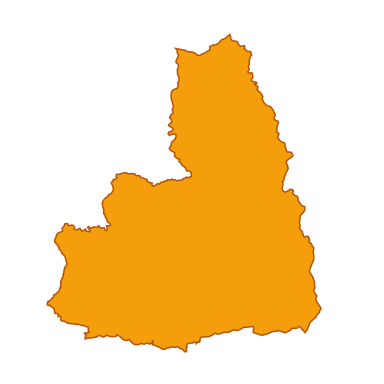 the district of Juara, Mato Grosso, Brazil, rotated 184°
{"feature_id": "56859067B67844091426468", "entity_name": "Juara", "entity_type": "district", "adm_level": 2, "iso_a3": "BRA", "parent_name": "Brazil", "parent_adm1": "Mato Grosso", "projection": "orthographic", "projection_center": [-57.533, -11.229], "detail": "fine", "context": "isolated", "style": "filled", "palette": "amber", "viewbox_px": 384, "rotation_deg": 184, "n_neighbors": 0, "source": "geoboundaries", "source_scale": "gbopen_adm2", "svg_char_len": 5925}
<svg xmlns="http://www.w3.org/2000/svg" viewBox="0 0 384 384"><g transform="rotate(184 192 192)"><path d="M288.4,38.0L285.0,39.2L283.6,39.1L277.7,40.5L274.7,42.3L273.6,42.3L270.9,41.1L268.5,41.8L267.8,42.9L267.1,43.0L262.5,42.0L258.3,42.5L257.4,43.0L256.9,44.4L253.6,42.7L251.0,40.5L248.6,39.4L246.0,39.4L244.2,40.5L242.2,38.1L238.7,35.8L234.9,35.9L232.4,37.3L229.1,36.8L226.3,38.2L223.7,37.4L222.4,38.0L220.2,41.4L220.9,36.9L217.2,36.2L215.3,35.1L214.1,35.2L210.3,33.0L207.6,33.5L205.8,34.8L204.2,34.8L202.8,35.8L201.2,36.1L198.1,35.7L195.9,36.7L194.8,36.5L193.5,35.2L190.7,34.5L188.2,32.2L186.5,32.3L186.2,33.1L186.9,34.3L186.7,36.3L186.0,37.2L186.9,38.0L186.0,40.2L183.9,41.1L180.4,41.5L180.0,42.1L178.7,42.5L177.5,42.2L177.2,40.9L175.3,43.2L174.3,42.7L173.6,43.7L174.0,44.4L173.3,46.2L173.6,47.2L172.9,47.9L165.0,48.9L161.7,50.6L160.6,51.9L158.7,52.7L157.3,52.1L155.1,52.2L149.3,54.6L146.6,54.3L140.5,57.4L137.8,56.8L134.0,58.4L131.5,60.4L121.5,62.1L120.9,60.1L121.3,57.1L120.9,56.0L115.8,54.9L115.3,54.4L111.4,54.1L106.3,56.1L102.5,58.1L99.2,59.0L97.6,58.9L96.3,60.0L89.5,58.0L84.4,60.8L83.1,62.6L81.5,63.4L80.3,63.0L77.3,63.7L76.5,65.1L75.7,65.3L75.0,65.2L69.4,59.6L67.5,62.6L65.1,70.2L59.7,75.8L58.2,78.9L56.4,81.0L56.3,82.6L55.3,84.3L55.5,85.5L60.7,92.3L61.1,94.1L60.2,96.9L63.8,101.4L62.6,105.6L63.5,107.9L63.3,109.9L65.5,115.5L69.3,120.8L69.1,123.1L65.9,132.9L66.0,136.8L66.9,140.5L66.6,144.9L68.1,146.3L69.6,149.0L71.8,150.3L71.3,152.5L72.8,155.7L74.3,156.1L76.0,154.9L77.7,155.7L79.1,159.9L82.3,163.2L81.7,165.5L82.7,168.8L82.3,174.2L82.8,175.7L80.5,177.9L78.3,181.4L78.4,185.2L81.3,185.8L85.1,190.2L86.1,194.3L87.2,195.3L88.9,195.5L91.0,197.2L91.6,198.0L90.8,199.8L91.8,201.5L93.8,201.6L98.6,198.4L101.0,199.1L102.3,201.1L101.8,206.2L102.0,207.6L102.8,208.7L101.2,209.7L101.2,212.4L100.0,215.6L99.9,217.4L98.2,220.3L97.7,222.6L100.3,228.8L98.4,231.1L94.2,234.5L93.8,235.6L95.8,238.6L100.2,238.7L100.6,239.0L100.9,240.7L102.1,243.0L102.8,247.1L103.3,247.6L105.5,247.8L107.6,249.1L110.5,252.5L109.3,256.1L110.1,257.1L111.8,257.7L111.9,258.3L111.5,259.8L111.8,261.5L111.4,264.6L110.5,267.5L111.1,268.5L113.7,269.3L115.5,270.9L115.6,271.4L114.6,273.0L114.5,275.1L117.1,279.9L119.6,282.5L123.7,283.7L126.7,286.4L128.4,289.5L128.1,292.5L130.6,295.8L134.1,298.2L134.1,299.3L133.5,300.5L133.8,301.9L135.9,302.8L137.2,304.0L134.9,304.6L135.0,305.5L135.9,306.1L139.6,306.6L140.6,307.6L140.7,308.2L139.3,310.4L140.1,314.6L140.6,315.1L143.5,314.6L144.6,315.3L144.6,316.1L143.5,318.4L144.5,321.0L143.7,323.3L144.1,327.1L143.3,331.2L142.1,332.9L143.4,336.1L147.2,336.3L148.9,338.2L150.0,338.4L149.4,340.6L150.2,341.7L152.5,340.9L154.0,340.9L156.2,342.8L157.2,345.0L157.8,345.3L162.5,345.8L164.1,347.5L164.3,349.8L165.5,351.8L168.9,348.1L171.3,346.5L173.0,346.2L175.4,342.8L178.8,340.2L180.9,340.3L184.4,338.3L184.0,336.1L184.5,334.5L187.2,333.1L188.5,331.6L191.7,330.4L193.2,329.2L195.7,328.5L196.8,329.6L199.2,330.9L201.6,331.7L206.4,331.7L208.5,332.9L218.3,334.0L216.8,332.5L216.4,329.6L214.9,327.5L217.2,321.2L216.8,320.0L215.2,318.8L214.3,317.4L214.5,314.9L215.1,313.5L215.0,311.3L214.5,307.8L213.4,306.3L212.7,303.2L212.8,301.9L213.9,299.9L213.1,298.1L213.6,295.4L214.4,294.3L217.7,292.7L219.1,291.3L219.7,288.2L219.3,284.0L216.5,276.2L217.5,272.0L216.4,271.1L216.3,270.2L216.8,268.8L218.3,267.7L219.5,265.0L219.5,264.4L218.7,264.2L217.2,261.7L216.9,260.4L219.7,257.8L220.1,256.6L215.4,254.1L215.2,253.5L216.0,251.5L218.9,250.5L219.9,248.8L219.5,247.7L218.4,247.1L214.9,248.5L213.1,248.7L212.0,247.7L211.6,246.5L213.0,242.9L214.7,241.6L215.9,239.8L216.3,236.8L217.7,234.0L216.4,232.1L212.0,230.0L211.8,226.4L209.2,224.4L206.3,223.4L207.3,221.7L205.2,220.1L203.8,218.0L200.6,215.9L198.9,212.9L198.4,212.5L197.1,213.0L196.0,212.7L194.5,211.8L193.6,207.8L194.0,207.1L194.9,207.2L196.6,206.0L198.6,206.4L199.5,205.5L201.9,204.6L202.7,203.0L203.3,202.8L205.4,203.1L207.8,202.1L210.0,203.1L211.2,202.7L213.0,203.6L214.3,202.4L217.2,202.7L218.4,200.9L219.8,201.2L221.5,199.8L223.5,199.7L225.2,197.6L227.3,197.9L227.8,197.0L230.9,195.1L231.9,195.5L232.6,197.1L232.3,198.0L235.3,198.6L237.2,199.5L237.6,199.8L237.6,201.2L238.2,201.6L239.8,201.6L241.4,202.4L243.5,202.4L244.3,203.2L244.5,204.1L246.5,204.7L248.6,204.3L250.6,206.2L254.5,206.1L257.6,205.5L258.4,206.5L260.6,206.6L265.4,204.7L268.1,204.5L268.5,204.2L268.8,202.4L267.7,201.3L269.5,199.3L271.5,198.9L271.5,197.5L273.1,195.9L273.1,195.2L271.3,192.1L270.6,189.2L271.2,187.2L272.8,184.4L274.9,183.6L275.7,181.6L277.5,180.5L279.5,178.0L280.8,174.6L279.8,170.2L278.8,168.7L278.6,164.0L277.6,164.0L276.5,160.3L275.0,159.4L275.2,158.2L273.8,155.9L272.5,155.5L270.8,153.5L272.0,152.3L273.9,152.6L274.9,152.2L273.8,148.7L274.3,147.6L275.7,147.7L277.1,150.1L280.8,149.6L282.5,151.8L283.2,151.6L284.2,150.1L287.8,150.4L290.1,148.7L293.1,150.4L293.5,149.4L290.9,146.0L290.9,145.2L294.8,145.4L295.5,147.6L299.0,145.2L301.4,148.0L303.6,146.2L306.6,146.5L307.0,146.7L306.7,149.0L307.7,150.2L309.3,150.7L312.5,149.8L313.3,150.4L313.7,151.6L314.9,151.9L316.7,151.3L317.4,148.6L319.2,146.7L318.4,145.1L318.5,143.9L323.1,141.5L324.3,139.3L324.4,137.8L325.5,135.1L325.5,132.7L321.3,128.3L320.6,125.9L318.0,123.2L317.4,121.6L314.3,119.1L311.7,111.5L312.9,108.7L314.0,107.8L313.7,106.7L314.2,104.9L314.2,101.7L315.0,100.9L314.6,99.8L314.8,97.8L315.6,97.2L315.4,96.7L316.0,96.0L316.6,93.8L316.4,89.9L316.0,89.1L316.8,88.3L316.5,87.5L317.1,86.8L317.6,84.2L321.1,80.4L322.6,79.8L323.0,77.0L324.6,75.9L325.3,74.4L328.1,72.7L327.7,72.1L328.4,71.9L328.7,70.1L327.5,68.6L326.0,69.3L324.2,67.6L322.3,66.7L321.0,64.8L320.6,61.9L320.2,61.3L318.3,61.5L317.1,60.8L316.6,60.1L317.1,58.9L316.7,58.3L314.3,58.8L313.8,58.5L314.1,55.3L313.4,54.5L312.1,54.1L309.9,54.4L309.1,53.4L306.6,52.4L294.9,51.9L293.1,51.1L290.8,51.4L288.6,50.4L286.3,50.0L285.7,47.4L285.9,45.9L285.0,44.9L286.5,44.0L288.1,44.1L289.5,43.6L289.2,43.1L287.9,42.8L288.4,38.0Z" fill="#f59e0b" stroke="#b45309" stroke-width="1.5"/></g></svg>